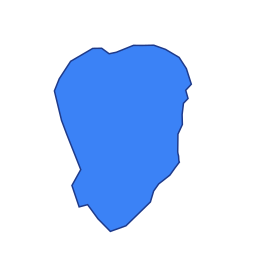 Kérouané, Natural Earth projection, rotated 334°
{"feature_id": "GIN-5642", "entity_name": "Kérouané", "entity_type": "Prefecture", "adm_level": 1, "iso_a3": "GIN", "parent_name": "Guinea", "parent_adm1": "", "projection": "natural_earth1", "projection_center": [-8.86, 9.325], "detail": "fine", "context": "isolated", "style": "filled", "palette": "blue", "viewbox_px": 256, "rotation_deg": 334, "n_neighbors": 0, "source": "natural_earth", "source_scale": "10m", "svg_char_len": 638}
<svg xmlns="http://www.w3.org/2000/svg" viewBox="0 0 256 256"><g transform="rotate(334 128 128)"><path d="M49.5,177.5L52.4,155.1L67.3,144.7L70.2,106.9L71.6,92.0L78.1,62.4L87.8,53.6L105.7,42.9L131.2,41.0L139.3,44.8L143.6,53.0L150.7,54.8L169.1,56.1L176.7,59.9L187.5,64.9L196.2,73.8L204.9,87.0L206.5,100.2L204.1,116.4L196.4,119.4L194.9,127.8L188.7,130.1L182.5,139.7L178.4,148.7L170.2,155.4L162.2,171.3L161.6,173.2L161.2,175.3L159.7,178.9L159.3,180.0L159.2,181.2L152.7,184.5L145.0,188.7L131.1,191.7L123.4,195.9L115.7,204.3L83.3,215.0L66.8,213.2L61.2,196.5L58.1,179.2L49.5,177.5Z" fill="#3b82f6" stroke="#1e3a8a" stroke-width="1.5"/></g></svg>